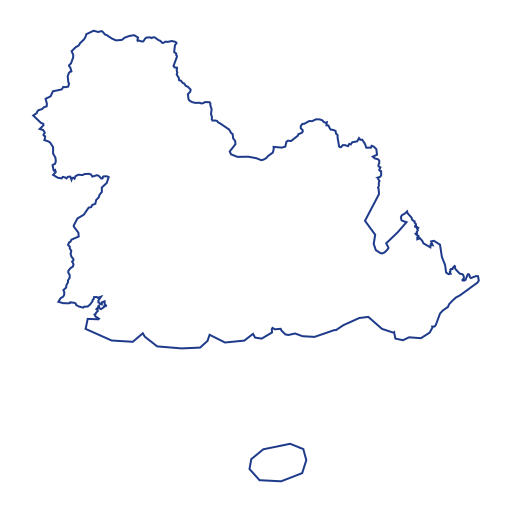 Serua, Central, Fiji
{"feature_id": "14151628B68154180840071", "entity_name": "Serua", "entity_type": "district", "adm_level": 2, "iso_a3": "FJI", "parent_name": "Fiji", "parent_adm1": "Central", "projection": "albers", "projection_center": [177.939, -18.195], "detail": "fine", "context": "isolated", "style": "outline", "palette": "blue", "viewbox_px": 512, "rotation_deg": 0, "n_neighbors": 0, "source": "geoboundaries", "source_scale": "gbopen_adm2", "svg_char_len": 5880}
<svg xmlns="http://www.w3.org/2000/svg" viewBox="0 0 512 512"><path d="M176.5,43.2L176.3,42.5L175.2,41.8L171.8,41.0L167.7,41.9L165.7,41.6L163.2,42.9L162.3,42.9L160.3,40.8L158.6,40.2L154.6,37.3L152.3,37.5L151.7,38.1L149.8,37.3L146.4,37.6L145.2,38.5L143.3,41.4L141.8,41.5L138.8,40.5L137.7,40.9L137.4,40.1L138.0,37.5L134.1,35.2L129.6,35.9L124.8,37.6L121.9,39.9L116.0,40.4L112.0,38.6L106.4,34.9L105.1,34.6L102.4,31.5L101.4,31.1L98.2,32.0L93.7,30.7L86.3,34.2L85.5,37.0L83.9,39.5L80.4,42.8L78.5,45.7L75.8,47.1L71.6,51.2L73.2,54.8L73.2,57.3L71.0,63.4L69.1,65.2L69.0,65.8L70.4,67.8L71.4,71.4L69.8,72.0L68.9,73.0L67.7,76.2L68.3,82.2L69.1,83.6L68.2,86.6L65.5,87.2L63.3,86.9L61.9,89.2L60.9,89.6L52.9,91.3L50.6,96.3L45.6,98.8L46.9,103.7L46.7,106.3L44.0,107.2L42.0,109.1L38.4,110.2L37.1,111.8L36.7,113.1L33.2,115.5L41.0,122.9L43.3,123.8L43.4,125.4L39.7,129.0L43.1,130.0L44.6,132.2L44.7,132.9L43.5,134.6L43.6,135.4L45.0,136.2L45.2,137.1L44.4,140.1L48.3,141.4L50.1,142.5L53.1,147.2L53.1,153.5L55.5,157.9L55.8,161.3L55.1,163.7L52.6,165.0L52.6,165.6L53.6,170.3L54.0,170.7L55.1,170.0L55.8,172.0L53.1,174.9L57.7,177.7L61.6,178.4L62.7,176.9L65.0,177.4L66.5,178.4L67.9,176.8L70.3,176.6L71.5,179.8L72.1,178.0L73.2,177.7L74.5,178.7L75.5,176.2L78.4,174.7L82.6,175.1L84.3,174.1L88.9,173.8L91.0,174.5L92.4,176.6L97.0,175.2L98.7,175.8L101.3,178.5L102.0,178.6L102.7,178.1L103.0,176.7L103.7,176.3L107.1,176.3L108.7,177.1L106.7,183.0L101.8,187.5L101.9,191.9L99.6,194.7L98.7,197.4L96.2,200.0L95.3,203.8L92.2,205.0L91.2,207.1L88.6,207.7L83.8,214.7L77.4,218.5L73.7,225.6L73.8,226.6L78.4,232.7L78.7,236.5L71.4,239.7L70.5,241.7L69.2,242.2L68.0,244.9L69.8,246.7L69.8,248.5L71.3,250.9L70.6,253.9L71.4,256.6L73.4,259.1L73.3,260.6L72.1,261.5L73.5,264.2L73.0,266.4L70.3,268.3L68.3,270.9L68.3,272.7L69.6,274.7L69.7,277.7L68.0,280.4L68.0,282.2L66.4,285.3L66.1,287.6L63.4,290.1L64.3,292.2L64.2,294.7L63.2,296.6L60.4,298.4L58.4,301.8L63.3,303.2L69.0,303.3L70.3,302.9L70.4,302.3L74.7,302.9L75.7,303.5L76.0,304.8L78.6,306.4L83.3,307.6L84.2,306.7L87.7,306.5L89.9,304.7L92.5,301.3L92.6,300.0L93.6,299.2L94.0,297.1L96.8,297.0L97.7,297.8L101.0,296.7L98.4,300.5L98.4,302.4L99.4,302.8L100.2,304.0L101.8,304.4L101.9,302.3L104.6,301.3L104.6,304.0L106.1,305.6L105.8,306.2L104.0,306.3L103.8,307.2L101.0,309.1L99.2,308.4L99.2,306.3L98.8,305.7L98.3,306.1L98.4,306.9L96.4,309.2L97.5,309.9L97.8,311.0L96.1,312.7L95.5,314.1L94.5,314.5L95.6,316.6L99.0,318.7L98.4,319.3L87.7,318.9L85.6,328.9L111.6,340.5L132.8,341.8L142.8,333.3L144.8,336.7L157.2,346.4L181.6,348.4L200.1,347.6L207.5,340.9L209.6,334.8L225.0,342.5L244.3,340.6L253.0,333.9L255.1,337.6L261.7,338.6L272.0,332.5L271.8,329.1L272.5,327.9L274.8,329.3L280.7,328.8L281.4,330.5L285.4,334.4L288.3,335.0L295.1,333.5L302.5,336.2L314.5,336.9L334.6,330.0L336.0,330.1L343.5,325.1L359.3,318.0L368.3,316.9L382.0,328.9L393.5,332.7L394.1,332.2L395.4,338.6L403.0,340.2L409.1,337.3L420.9,338.2L429.7,332.6L432.6,327.2L432.3,326.6L434.6,326.5L435.8,325.0L440.0,313.6L442.8,310.5L448.0,306.9L449.0,304.3L452.0,301.1L455.9,297.5L459.9,295.4L477.5,282.6L478.8,280.5L478.0,276.2L475.8,276.1L470.9,278.1L469.9,277.2L469.2,274.6L468.6,274.2L468.0,274.2L467.5,275.0L465.5,279.9L464.3,280.5L462.8,280.5L462.4,280.0L463.8,278.3L463.9,276.9L463.1,274.9L462.2,274.1L460.1,273.8L459.1,273.0L455.5,269.1L454.8,267.5L455.1,266.5L454.5,266.0L452.8,267.9L452.5,269.1L451.1,268.9L450.3,269.7L450.5,271.0L449.8,272.0L450.7,273.7L448.6,274.2L446.1,272.5L445.1,265.1L441.9,257.0L440.0,244.7L433.9,240.8L431.1,241.4L432.6,245.1L430.7,244.4L430.4,247.3L423.5,243.4L422.2,240.8L420.0,238.3L417.3,239.3L417.3,237.3L418.6,236.8L418.7,236.3L417.2,234.9L416.5,234.9L415.6,233.7L417.0,233.1L416.8,231.9L417.8,230.3L417.4,229.4L418.3,227.9L417.6,227.5L417.1,228.5L416.7,227.8L416.9,227.0L415.1,226.7L415.2,226.1L416.0,226.4L416.0,224.2L414.6,222.6L414.6,221.3L413.4,220.8L411.9,219.3L411.7,217.8L407.7,213.4L407.1,211.4L404.8,213.6L401.9,215.2L400.9,217.0L401.4,220.0L402.3,220.8L406.5,222.2L397.6,232.4L386.2,243.3L388.4,247.5L388.3,248.4L386.1,251.0L384.1,252.7L382.3,253.4L380.4,253.1L375.8,250.1L373.7,243.9L375.2,234.8L365.0,220.8L379.0,194.1L378.6,188.8L378.0,187.8L378.9,185.8L378.8,182.7L379.5,181.1L378.3,179.4L378.3,178.1L377.6,177.7L380.1,176.8L380.8,175.9L381.2,175.1L381.1,171.2L380.0,170.9L379.2,169.9L380.4,167.4L378.5,166.3L378.5,164.6L379.3,163.1L379.2,160.5L377.9,159.2L374.8,158.4L372.8,156.7L377.0,154.7L376.4,149.3L373.9,146.7L371.6,145.8L370.9,147.7L366.3,147.7L364.9,143.7L362.2,139.7L360.3,139.8L359.0,138.1L357.1,141.4L352.3,142.2L350.8,144.4L349.3,143.9L348.1,146.1L344.7,145.1L342.8,145.1L341.1,147.1L339.9,147.2L339.1,146.4L337.6,137.7L337.6,135.1L336.0,133.5L335.6,131.0L333.5,130.0L330.8,129.6L329.8,128.4L328.4,125.5L326.4,125.3L326.8,122.3L325.6,122.8L323.8,122.0L322.4,120.4L319.8,119.4L316.0,119.3L312.0,121.2L309.3,121.0L304.3,123.8L302.4,123.9L300.9,125.8L300.7,127.4L300.8,128.3L302.7,130.2L302.8,131.5L301.7,132.9L298.4,134.2L297.7,135.8L291.1,141.0L287.9,140.7L286.4,141.9L285.3,146.6L281.9,147.6L273.6,146.9L273.7,149.3L272.8,152.6L268.2,155.9L266.3,158.1L263.5,159.6L261.4,160.2L256.3,158.2L248.3,156.7L237.5,156.9L231.0,154.3L229.7,151.5L235.5,144.1L235.1,140.9L233.2,138.4L232.6,134.0L231.2,133.1L229.2,129.6L219.7,123.1L218.5,122.7L217.0,121.0L215.4,120.5L212.4,120.5L211.8,119.3L211.9,116.6L211.0,114.3L211.6,109.3L210.3,105.1L210.4,103.4L209.6,102.2L204.9,102.1L203.5,103.0L201.4,103.5L199.9,102.8L195.3,102.9L192.1,102.1L189.3,100.5L188.5,98.9L187.9,94.2L190.3,91.6L190.6,89.5L187.8,86.7L185.7,85.8L184.2,83.5L182.6,82.9L181.0,80.7L179.2,80.3L178.7,77.8L176.7,74.5L177.3,72.5L176.7,70.4L177.0,67.7L174.5,67.4L173.5,66.0L176.9,56.9L176.9,56.0L176.2,55.0L176.2,53.5L174.3,52.2L174.2,51.4L175.0,45.1L176.5,43.2ZM302.2,473.1L306.3,460.1L303.3,449.1L290.1,443.8L263.3,449.3L251.3,459.1L249.5,469.0L259.5,480.2L281.1,481.3L302.2,473.1Z" fill="none" stroke="#1e3a8a" stroke-width="2"/></svg>